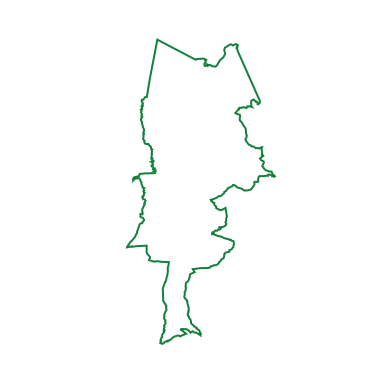 Cocu, Arges, Romania (Robinson projection), rotated 16°
{"feature_id": "2599482B3683205747186", "entity_name": "Cocu", "entity_type": "district", "adm_level": 2, "iso_a3": "ROU", "parent_name": "Romania", "parent_adm1": "Arges", "projection": "robinson", "projection_center": [24.657, 44.87], "detail": "fine", "context": "isolated", "style": "outline", "palette": "green", "viewbox_px": 384, "rotation_deg": 16, "n_neighbors": 0, "source": "geoboundaries", "source_scale": "gbopen_adm2", "svg_char_len": 6095}
<svg xmlns="http://www.w3.org/2000/svg" viewBox="0 0 384 384"><g transform="rotate(16 192 192)"><path d="M238.3,250.9L239.0,248.3L240.5,247.2L240.7,244.9L240.1,242.8L240.6,242.4L240.8,241.1L244.5,239.0L244.0,237.5L245.8,236.3L246.9,233.2L246.6,231.7L246.7,230.1L245.4,227.8L243.9,228.0L242.4,227.1L241.4,227.7L239.6,227.1L238.0,227.5L235.5,227.4L232.8,226.8L228.6,227.1L223.9,226.6L222.9,227.0L222.6,226.1L223.2,224.8L224.3,224.8L224.7,222.8L227.0,222.2L227.6,220.8L228.7,220.7L229.5,219.6L228.5,219.5L228.0,218.3L230.0,217.7L232.0,216.6L233.6,214.7L233.8,213.3L232.5,211.9L232.8,210.6L232.1,207.6L232.3,205.9L228.6,198.1L225.4,201.2L223.8,201.7L221.0,201.1L219.7,200.8L219.2,199.2L217.5,198.6L216.7,197.6L216.4,196.3L215.7,196.6L214.6,196.1L214.1,195.5L213.2,195.4L212.2,194.3L214.3,193.1L217.4,190.6L218.9,188.6L220.9,187.8L223.3,184.1L223.0,182.9L224.4,181.7L225.0,179.6L225.7,178.9L225.8,177.9L227.3,177.0L229.3,174.9L229.4,174.0L229.7,173.8L232.2,173.9L233.9,175.1L238.0,175.1L239.8,175.4L241.6,176.2L245.2,175.1L248.1,173.2L249.9,168.4L249.9,167.2L249.1,165.4L250.6,164.4L251.7,164.4L252.7,163.9L252.7,163.0L252.0,161.4L252.0,158.9L252.5,158.1L256.7,157.0L256.8,156.7L260.5,155.5L260.1,154.9L261.2,153.9L264.2,154.0L264.7,154.8L265.8,154.3L266.7,154.8L267.3,154.0L264.5,152.6L262.8,150.4L260.8,151.0L257.4,150.8L254.9,149.8L253.5,148.4L252.7,148.1L252.4,147.0L253.0,144.2L252.6,142.9L249.5,142.3L248.1,141.0L249.7,138.9L249.5,138.5L250.6,137.7L250.2,137.2L248.9,137.2L248.4,134.2L247.4,132.4L246.8,130.7L247.0,129.7L246.0,130.1L244.6,131.7L243.2,131.6L241.3,132.3L238.7,131.3L236.8,131.7L236.1,131.1L233.5,130.8L229.7,127.9L228.8,126.5L229.3,124.7L229.2,122.7L228.0,121.3L226.2,116.4L222.8,113.5L220.6,111.3L218.3,110.0L217.6,108.3L217.3,105.6L216.7,104.6L213.2,104.5L211.9,104.1L213.9,99.7L214.4,99.5L214.0,98.4L214.4,98.0L216.7,97.4L216.9,96.9L218.8,96.1L221.0,96.4L221.3,96.0L221.4,94.6L222.8,94.3L223.1,93.8L226.1,93.8L225.5,93.4L223.9,88.8L223.9,88.0L225.4,86.3L225.8,86.1L228.4,87.6L228.6,87.2L229.6,87.5L230.2,87.9L230.8,88.8L230.7,89.3L231.2,89.6L232.3,88.3L232.6,87.3L232.0,85.6L196.6,43.3L195.8,41.3L195.1,41.3L195.1,40.4L195.7,40.1L195.1,39.1L195.6,38.4L194.7,37.8L193.2,37.8L191.0,39.9L189.1,39.3L188.0,39.6L183.9,44.3L183.8,46.7L185.6,49.4L185.8,50.3L184.9,54.1L182.7,57.3L180.8,64.2L179.6,65.1L176.6,65.5L174.4,64.8L173.4,65.3L172.5,66.3L172.0,65.2L171.4,65.1L170.5,66.9L169.5,67.3L169.0,66.7L168.6,65.4L168.7,64.5L169.4,64.1L169.1,63.0L169.3,61.3L168.2,61.5L168.1,60.8L165.8,60.7L160.3,62.8L159.5,63.2L159.1,63.9L116.7,55.1L120.2,94.3L122.4,113.1L120.5,114.0L120.1,115.9L119.5,116.9L118.4,117.2L118.4,117.6L118.9,118.1L118.7,118.8L120.3,120.2L120.1,120.8L120.4,121.3L120.1,122.2L121.0,122.6L121.0,123.1L120.1,123.8L120.8,124.3L120.7,125.4L121.2,126.0L120.1,126.8L120.2,127.2L121.2,127.8L121.0,129.4L121.8,130.5L122.6,131.0L122.4,132.8L123.5,133.2L123.1,135.2L122.7,135.5L123.3,137.2L124.7,138.5L124.7,139.4L126.5,142.0L126.7,143.1L128.1,144.3L129.1,146.2L128.8,148.2L129.9,149.3L129.3,150.0L130.1,151.9L130.4,154.7L132.1,155.7L132.6,157.5L133.2,158.3L134.5,158.5L136.9,157.9L137.8,158.8L140.1,160.0L140.7,161.5L142.0,162.0L141.5,162.9L142.5,164.1L142.5,165.8L143.3,167.2L143.1,168.2L143.5,169.4L144.6,170.6L143.7,171.0L145.2,172.9L146.2,172.5L146.6,172.8L146.6,173.5L144.6,174.3L145.6,174.7L146.8,176.1L146.4,176.8L146.7,177.1L145.8,177.8L146.2,178.4L146.9,177.9L148.2,179.4L148.2,180.0L148.9,179.8L148.6,180.6L149.9,180.2L150.4,180.4L149.6,182.0L150.9,181.3L151.4,181.9L151.1,182.8L151.4,183.8L151.1,184.1L141.4,187.2L136.7,189.1L136.7,191.3L132.6,193.7L131.7,195.0L132.3,197.2L133.0,195.6L134.1,194.6L136.5,193.5L137.8,193.5L138.4,193.9L140.1,196.3L140.8,196.6L141.0,197.8L143.6,201.3L144.1,201.1L145.1,201.4L144.7,202.2L144.8,202.8L145.1,203.5L145.7,203.8L145.2,205.0L145.9,205.8L146.6,205.9L146.3,206.4L146.6,207.7L146.3,208.0L146.4,208.5L146.0,209.4L146.3,209.7L145.8,210.3L146.1,210.4L146.0,211.4L147.2,212.4L148.7,212.2L149.8,213.1L149.3,215.3L149.5,215.6L149.2,216.1L149.4,216.8L149.9,216.8L148.9,222.6L150.5,226.3L150.5,227.0L149.8,226.8L148.5,227.3L149.2,230.0L152.2,230.6L153.6,231.9L153.5,233.0L152.7,234.6L152.8,235.7L151.5,236.2L150.6,237.4L150.3,244.4L150.1,245.2L150.5,246.8L149.8,248.7L149.8,250.4L147.9,254.9L146.3,257.4L145.7,260.2L145.0,261.1L144.8,263.1L148.8,261.0L148.9,261.4L154.1,259.2L163.2,256.1L164.9,262.2L166.1,263.9L169.3,265.8L169.7,267.0L169.4,269.3L173.5,269.6L174.0,269.2L175.9,269.1L177.3,268.1L182.1,267.5L189.0,265.7L189.6,268.9L189.6,271.9L190.6,274.5L191.3,279.3L191.0,280.5L191.3,281.6L191.4,285.2L191.0,285.6L190.5,292.8L194.3,304.3L195.0,305.4L197.2,307.0L197.4,307.7L198.4,308.2L198.4,308.7L198.9,309.1L199.0,310.4L199.9,312.0L199.2,316.4L199.2,318.3L200.0,319.4L199.8,320.7L200.7,322.1L201.8,322.7L201.9,324.1L202.7,324.9L202.7,326.1L201.9,328.4L203.0,329.8L202.7,330.7L202.9,331.8L203.9,332.4L203.9,332.8L203.0,333.4L203.8,334.6L202.7,337.3L203.3,339.7L202.7,340.3L202.8,341.5L202.5,342.7L203.2,343.8L202.2,344.1L203.5,344.3L203.1,345.9L205.0,346.2L206.1,345.6L207.3,343.5L209.4,341.8L209.8,342.4L210.3,342.1L210.6,341.1L212.0,340.1L213.7,337.1L215.0,335.8L217.8,333.9L219.2,333.7L220.5,334.1L220.7,333.6L225.4,329.9L220.2,327.6L219.2,327.5L219.2,327.1L219.6,326.6L224.5,325.4L227.2,326.1L229.4,327.7L231.0,325.7L233.3,326.5L234.9,326.0L239.6,327.4L239.0,326.3L239.6,325.8L238.3,324.8L237.3,323.1L234.9,322.3L234.3,321.5L233.4,321.6L232.6,320.7L230.7,320.6L230.0,319.6L228.4,319.2L227.0,318.1L226.9,317.1L225.7,315.0L223.9,314.0L223.5,312.8L222.0,311.8L221.5,310.2L221.7,309.1L221.4,308.7L221.7,307.8L221.3,307.2L221.5,306.5L220.8,304.4L218.2,300.1L217.4,298.0L216.9,298.0L216.4,297.1L214.4,296.1L213.3,294.5L213.3,292.4L212.5,290.3L212.9,289.5L212.9,288.1L212.6,287.4L212.9,285.8L211.8,284.8L211.8,283.5L211.2,281.7L211.2,281.1L212.5,279.4L213.3,276.7L213.0,275.5L213.3,274.5L212.7,271.7L216.6,268.3L214.0,265.9L222.1,262.5L228.8,260.5L229.5,259.7L230.1,259.6L230.6,258.8L230.7,258.1L231.8,257.7L233.3,256.3L235.1,255.8L236.5,254.5L237.3,253.1L237.3,252.1L238.3,250.9Z" fill="none" stroke="#15803d" stroke-width="2"/></g></svg>